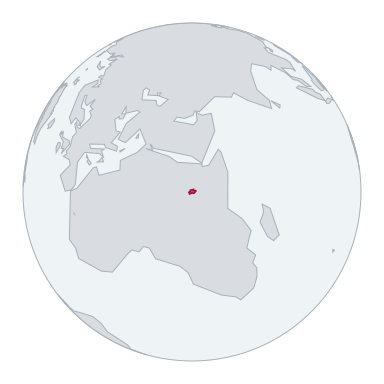 the Earth from above Gambela Peoples, rotated 317°
{"feature_id": "ETH-3130", "entity_name": "Gambela Peoples", "entity_type": "Administrative State", "adm_level": 1, "iso_a3": "ETH", "parent_name": "Ethiopia", "parent_adm1": "", "projection": "orthographic", "projection_center": [34.092, 7.81], "detail": "fine", "context": "on_globe", "style": "filled", "palette": "rose", "viewbox_px": 384, "rotation_deg": 317, "n_neighbors": 0, "source": "natural_earth", "source_scale": "10m", "svg_char_len": 8633}
<svg xmlns="http://www.w3.org/2000/svg" viewBox="0 0 384 384"><g transform="rotate(317 192 192)"><circle cx="192" cy="192" r="169" fill="#eef3f6" stroke="#a8b0b8"/><path d="M113.6,42.3L112.6,42.9L108.5,45.1L113.6,42.3ZM106.8,46.1L104.9,47.3L109.3,44.8L98.8,51.4L91.0,57.9L88.3,59.9L84.2,62.3L85.4,60.9L95.9,53.1L106.8,46.1ZM76.0,69.1L75.0,70.1L74.9,70.3L77.2,68.3L74.7,70.7L72.3,72.8L76.0,69.1ZM23.9,174.6L24.0,181.6L24.0,189.3L23.7,193.4L24.4,195.6L24.5,198.5L29.7,206.7L34.6,216.0L36.0,226.2L34.8,236.4L40.6,260.0L40.3,265.4L44.9,274.8L48.2,280.8L42.2,270.1L36.9,258.9L32.4,247.5L28.8,235.7L26.0,223.7L24.2,211.5L23.2,199.2L23.1,186.9L23.9,174.6ZM145.2,29.7L146.3,29.3L149.0,28.6L145.2,29.7ZM156.6,26.8L154.3,27.4L151.8,27.9L154.3,27.3L156.6,26.8ZM164.2,25.4L163.4,25.5L164.2,25.4ZM166.9,24.9L168.0,24.7L165.9,25.1L165.6,25.1L166.9,24.9ZM171.4,24.5L164.9,25.4L163.7,25.5L170.1,24.5L171.4,24.5ZM287.3,52.5L287.8,52.8L287.7,52.8L297.7,60.2L307.2,68.4L315.9,77.2L321.7,83.9L326.7,90.0L329.7,94.2L331.3,96.7L327.0,90.6L324.9,88.5L322.2,85.0L323.3,87.8L319.5,83.0L322.2,88.1L325.6,91.9L326.1,90.8L330.0,97.8L335.7,104.8L340.7,113.7L346.2,130.2L345.1,135.9L346.0,138.9L343.2,135.8L343.1,142.2L350.9,158.8L351.9,163.9L350.0,174.3L349.4,170.5L342.2,162.3L343.3,174.7L348.9,184.1L350.9,196.0L347.7,192.8L345.4,182.4L342.8,179.2L341.7,168.4L336.1,153.2L332.8,156.8L331.3,150.5L323.1,138.7L317.4,143.6L309.3,161.4L311.1,177.7L307.1,185.3L295.2,162.9L290.0,147.8L285.6,149.6L273.5,137.7L252.2,138.3L249.3,134.5L245.3,136.6L236.7,133.1L232.3,127.0L227.1,127.7L238.9,143.8L244.5,143.3L249.4,136.6L251.6,142.6L259.8,147.6L250.3,162.9L218.9,177.5L216.1,165.4L193.4,133.5L194.2,129.9L194.1,129.5L193.9,128.8L191.6,134.7L187.7,128.6L199.6,150.6L201.5,160.3L218.5,178.2L216.8,180.2L222.3,183.9L240.4,178.6L240.4,182.7L231.8,201.9L207.0,228.4L210.5,245.7L209.0,260.4L193.9,270.3L195.7,281.4L188.0,285.3L187.8,291.6L181.8,298.2L171.7,304.3L154.1,304.2L152.7,298.7L143.3,287.6L130.2,260.4L134.2,248.0L132.5,238.1L119.8,216.0L122.6,203.9L119.3,198.7L112.4,199.7L108.6,193.5L104.5,193.2L79.1,196.3L71.7,187.9L63.7,163.2L68.6,153.9L70.0,143.0L103.8,108.4L110.3,110.7L136.1,107.0L139.2,108.4L135.4,116.4L154.2,126.8L161.2,120.0L178.9,125.7L191.2,125.6L196.9,110.5L176.8,110.4L174.0,103.2L190.7,97.0L208.4,98.0L207.9,95.3L197.4,89.3L202.1,84.6L193.8,86.9L196.7,89.6L191.6,91.4L188.6,89.1L190.4,87.3L185.2,86.2L178.1,95.5L180.3,99.3L166.4,101.0L168.7,107.6L164.7,110.7L159.3,100.8L160.3,97.2L149.8,87.1L147.5,90.9L157.3,100.9L153.9,100.1L150.9,106.2L150.6,100.9L140.6,89.8L128.5,92.1L111.9,106.9L105.1,108.1L99.8,105.0L107.0,90.0L121.5,89.1L124.2,84.6L122.3,78.1L126.8,78.7L127.8,76.2L133.4,75.9L142.2,70.2L148.0,69.7L152.4,62.7L156.0,61.7L152.4,65.9L153.0,69.0L167.5,68.8L170.6,67.3L172.3,63.0L176.1,63.9L175.9,59.8L184.7,58.4L173.7,56.9L175.4,52.7L181.3,49.7L179.8,48.3L170.4,53.3L168.3,55.6L169.8,58.0L162.6,65.2L157.4,66.4L157.5,58.5L150.1,59.7L153.4,53.7L177.0,42.5L186.4,40.9L199.9,46.1L197.1,48.4L190.9,47.4L195.8,51.8L195.8,49.8L199.0,50.7L201.4,47.6L203.7,48.2L202.0,44.5L205.2,44.8L206.2,47.2L212.5,43.7L219.3,44.1L219.5,43.1L217.9,41.9L227.6,43.8L227.4,43.0L224.2,42.0L221.6,40.0L220.9,37.3L224.3,38.1L225.0,39.1L231.6,42.9L233.0,46.0L234.3,46.2L233.9,43.6L225.8,39.0L224.4,37.2L228.7,39.1L227.0,38.2L227.4,37.6L231.0,37.9L226.5,35.8L225.9,30.1L232.7,30.7L236.6,32.5L239.7,31.1L247.2,33.0L244.1,31.9L243.6,31.3L241.3,30.6L239.8,30.1L238.8,29.6L251.6,33.9L264.0,39.1L275.9,45.4L287.3,52.5ZM91.5,126.0L90.4,129.2L91.5,126.0ZM226.9,107.5L237.7,108.0L233.2,98.9L237.0,98.5L234.1,95.8L232.8,98.3L225.8,90.9L230.6,88.4L229.5,84.7L225.9,84.4L218.2,90.4L228.2,100.6L225.6,104.4L226.9,107.5ZM76.7,68.5L76.9,68.3L76.2,69.0L75.4,69.7L76.7,68.5ZM80.2,67.2L76.2,71.0L78.4,68.5L76.5,69.9L78.9,66.9L87.1,60.8L83.0,63.9L80.2,67.2ZM84.4,61.7L82.0,63.9L84.3,61.8L84.4,61.7ZM127.8,64.5L129.3,65.9L126.7,68.6L119.4,70.6L123.1,66.6L127.8,64.5ZM132.2,67.4L134.3,59.7L139.0,58.6L136.0,60.4L138.8,60.5L134.8,63.5L137.2,70.5L135.0,73.5L122.6,74.8L127.9,72.5L126.0,71.0L132.2,67.4ZM131.6,46.6L132.6,44.5L141.4,44.6L139.4,46.6L132.0,48.4L129.9,47.1L131.6,46.6ZM133.2,33.6L133.3,33.6L131.2,34.4L133.2,33.6ZM126.1,36.4L129.5,35.0L131.8,34.2L137.8,32.0L149.2,28.6L149.7,28.4L144.8,29.8L145.5,29.6L133.1,34.0L132.2,34.2L126.0,37.1L121.3,38.9L125.5,36.8L117.2,40.8L119.1,39.6L113.8,42.4L120.8,38.8L126.1,36.4ZM174.5,27.6L171.1,27.4L173.5,28.9L168.6,29.4L169.2,29.5L165.4,30.5L161.8,32.0L159.7,32.1L159.2,32.8L156.6,33.6L155.3,34.6L151.0,35.2L148.9,36.5L148.1,36.1L145.7,38.3L145.6,37.0L142.3,38.3L144.1,38.9L124.6,42.4L116.5,45.7L109.8,49.4L110.5,47.3L117.2,42.8L126.5,38.0L134.2,35.5L133.1,35.3L136.5,34.1L136.0,34.7L138.8,33.1L141.4,32.4L149.8,29.7L152.3,28.3L155.4,27.5L155.7,27.7L158.6,26.8L161.4,26.7L163.6,26.3L168.7,26.0L168.0,27.0L170.6,26.5L174.5,26.5L174.5,27.6ZM172.6,24.4L173.0,25.0L170.4,25.7L162.8,26.0L160.3,26.4L155.3,27.2L159.1,26.3L160.2,26.1L162.1,25.8L160.1,26.1L163.1,25.6L164.7,25.4L167.5,25.0L166.8,25.3L172.6,24.4ZM143.2,105.5L145.7,105.8L149.7,105.5L147.9,109.6L143.2,105.5ZM136.2,97.9L138.5,97.4L137.8,102.5L135.3,102.3L136.2,97.9ZM140.4,93.1L138.7,97.0L138.1,94.8L140.4,93.1ZM154.6,65.5L157.1,64.9L157.2,65.9L155.5,67.5L154.6,65.5ZM180.7,34.0L179.2,33.4L180.1,33.0L179.8,31.1L183.4,30.9L185.0,32.0L180.7,34.0ZM193.2,113.0L189.3,115.9L187.6,114.5L189.2,113.8L193.2,113.0ZM167.3,112.6L172.9,114.6L166.7,113.7L167.3,112.6ZM184.6,33.5L184.1,32.7L186.2,33.1L184.6,33.5ZM186.0,30.7L188.6,31.1L183.8,30.7L186.0,30.7ZM255.8,330.1L256.5,331.7L254.0,332.0L255.8,330.1ZM238.0,257.2L226.5,282.9L218.5,283.2L216.9,275.9L221.2,260.4L230.5,255.8L235.1,248.6L238.0,257.2ZM357.9,221.8L358.1,222.3L358.0,223.1L357.9,221.8ZM357.9,219.4L358.4,219.3L357.5,221.2L357.9,219.4ZM358.5,219.3L359.0,217.5L359.2,216.0L359.0,217.7L358.5,219.3ZM357.4,219.7L353.1,220.8L350.9,219.3L351.8,216.3L355.4,216.1L357.4,219.7ZM351.6,216.2L347.7,209.0L339.4,187.0L342.4,186.9L350.5,199.6L350.1,202.2L352.5,208.0L351.6,216.2ZM359.4,199.4L358.9,206.9L356.9,206.9L355.8,206.1L355.1,196.8L355.5,191.9L356.6,191.7L358.5,174.6L359.6,178.2L359.5,185.3L360.3,191.4L359.4,199.4ZM311.9,179.1L315.9,188.5L313.4,190.4L311.9,179.1ZM357.6,163.1L357.9,170.4L357.1,160.8L357.6,163.1ZM356.1,154.3L356.9,157.7L356.0,154.5L356.1,154.3ZM347.5,143.6L346.4,144.7L345.6,142.3L346.4,139.5L347.5,143.6ZM344.6,121.4L347.6,128.2L348.4,130.6L346.5,126.6L344.6,121.4ZM214.5,33.9L210.9,36.5L210.6,38.9L214.2,40.9L207.6,39.6L208.0,35.7L214.5,33.9ZM224.1,30.3L221.0,29.1L223.3,29.3L224.4,29.6L224.1,30.3ZM221.5,29.8L215.8,29.1L214.7,28.2L219.4,28.9L221.5,29.8ZM200.2,30.3L198.8,31.0L197.2,30.5L200.2,30.3ZM329.9,289.7L329.5,290.2L330.0,289.1L333.5,284.0L341.0,269.5L345.6,259.8L350.8,249.6L351.4,247.9L347.2,258.9L342.1,269.5L336.3,279.8L329.9,289.7ZM360.9,188.5L360.6,192.9L360.7,197.4L360.9,194.1L360.7,198.6L360.4,206.0L360.1,209.0L360.5,200.9L359.8,209.6L359.6,209.6L360.0,202.3L360.5,193.3L360.7,189.5L360.9,187.8L360.9,188.5ZM360.0,173.7L359.4,169.4L359.5,171.9L358.5,163.1L360.0,173.7ZM358.2,162.2L358.5,164.4L357.7,159.4L358.2,162.2ZM358.1,162.5L357.2,158.4L357.5,158.8L358.1,162.5ZM357.9,159.8L358.3,162.3L356.9,155.2L357.6,158.4L357.9,159.8ZM354.9,149.3L356.9,155.7L355.7,153.3L351.9,140.2L352.2,139.6L354.9,149.3ZM238.5,29.8L236.7,29.2L238.0,29.5L238.5,29.8ZM232.3,27.9L232.1,28.0L230.9,27.6L232.3,27.9ZM231.9,28.3L231.3,27.8L233.9,28.8L231.9,28.3Z" fill="#d9dde1" stroke="#a8b0b8" stroke-width="1"/><path d="M191.0,190.4L191.1,190.2L191.3,190.2L191.5,190.2L191.9,189.9L192.0,189.8L192.0,189.7L192.2,189.8L192.4,189.7L192.5,189.7L192.8,189.8L193.0,190.0L193.5,190.3L193.6,190.5L193.8,190.6L194.0,190.7L194.1,190.8L194.3,190.9L194.5,190.9L194.8,190.9L194.9,191.0L194.7,191.1L194.4,191.2L194.3,191.3L194.5,191.3L194.3,191.7L194.3,191.8L194.3,192.1L194.5,192.2L194.6,192.3L194.7,192.5L194.8,192.6L195.0,192.7L195.1,192.8L195.0,193.0L195.3,193.0L195.4,192.9L195.5,192.8L195.4,192.9L195.5,193.0L195.7,193.5L195.6,193.8L195.6,194.0L195.4,194.0L195.2,194.0L194.9,193.9L194.8,194.0L194.7,194.0L194.3,194.1L194.2,194.1L193.9,194.3L193.7,194.3L193.4,194.3L193.3,194.2L193.2,194.2L192.9,194.2L192.7,194.3L192.6,194.2L192.4,194.1L192.3,193.9L192.2,193.9L191.8,193.7L191.8,193.4L191.8,193.2L191.4,192.8L191.3,192.7L191.2,192.7L190.9,192.5L190.9,192.4L190.7,192.4L190.4,192.3L190.3,192.2L190.2,192.2L189.9,192.2L189.9,192.3L189.7,192.2L189.4,192.1L189.2,192.0L188.9,192.0L188.9,191.9L188.8,191.7L188.9,191.4L189.1,191.2L189.3,191.1L189.4,190.9L189.4,190.7L189.3,190.4L189.3,190.2L189.5,190.1L189.9,190.2L190.0,190.1L190.3,190.0L190.5,190.1L190.8,190.3L191.0,190.4Z" fill="#f43f5e" stroke="#9f1239" stroke-width="1.5"/></g></svg>